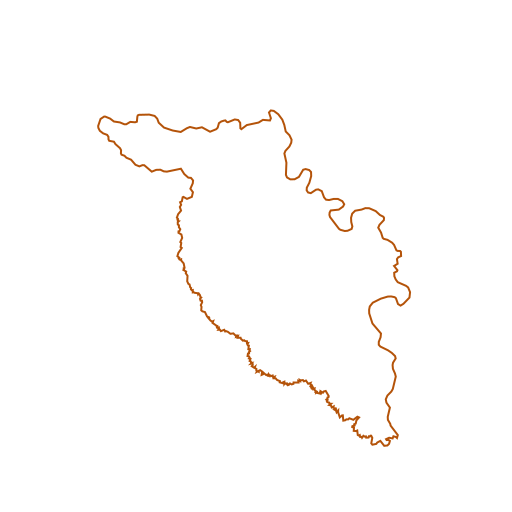 La Victoria (Pacoa), Amazonas, Colombia, rotated 18°
{"feature_id": "7082276B65279517003270", "entity_name": "La Victoria (Pacoa)", "entity_type": "district", "adm_level": 2, "iso_a3": "COL", "parent_name": "Colombia", "parent_adm1": "Amazonas", "projection": "orthographic", "projection_center": [-71.093, -0.129], "detail": "fine", "context": "isolated", "style": "outline", "palette": "amber", "viewbox_px": 512, "rotation_deg": 18, "n_neighbors": 0, "source": "geoboundaries", "source_scale": "gbopen_adm2", "svg_char_len": 6140}
<svg xmlns="http://www.w3.org/2000/svg" viewBox="0 0 512 512"><g transform="rotate(18 256 256)"><path d="M446.3,385.5L446.2,382.5L436.4,375.7L435.5,374.1L432.1,371.1L431.0,368.3L430.2,358.8L425.4,355.2L423.7,352.2L424.1,348.1L426.6,343.1L427.2,340.2L426.2,327.5L424.5,324.8L421.1,321.0L419.6,317.5L419.3,315.1L420.5,310.3L419.2,308.2L415.1,306.2L410.7,304.9L402.2,303.7L400.2,302.5L399.3,299.7L399.6,294.8L398.8,291.1L387.6,284.2L381.4,275.6L380.2,272.2L379.8,268.8L381.5,264.3L387.9,258.0L393.8,253.9L397.0,252.7L400.6,252.3L402.1,252.9L405.9,257.8L408.8,258.5L411.0,255.9L414.8,248.1L413.7,242.8L410.4,238.9L407.9,238.0L398.9,237.1L396.1,235.1L393.9,232.6L392.6,229.2L394.8,227.0L394.9,225.8L390.4,222.8L393.1,219.6L391.0,215.4L391.6,213.4L394.0,211.2L392.5,207.2L391.5,206.7L389.1,207.4L387.8,207.2L383.9,202.8L381.4,201.3L376.1,200.0L372.1,200.2L370.9,199.6L367.7,195.1L363.5,191.3L363.8,188.1L366.5,182.4L366.0,180.2L365.0,179.3L361.2,178.7L356.0,176.3L348.9,175.6L345.2,176.7L342.1,179.2L336.3,182.3L334.4,186.0L334.6,190.3L336.1,194.3L338.5,198.1L338.6,200.7L335.3,203.7L332.7,204.8L328.1,205.0L326.5,204.5L314.4,196.1L313.1,194.2L312.6,191.9L313.0,189.6L320.4,186.3L323.5,182.1L323.9,179.5L321.2,177.2L316.3,176.4L312.1,177.8L308.2,180.2L305.2,180.8L302.6,179.2L298.5,174.0L294.6,173.4L292.6,174.4L288.7,179.3L285.9,179.5L283.9,177.9L283.2,175.3L284.1,169.9L283.8,163.0L282.4,159.1L280.0,157.8L276.3,158.0L274.2,159.4L272.4,167.5L269.0,171.1L264.9,172.5L261.2,171.7L259.4,169.6L256.1,157.9L251.3,149.7L251.5,146.9L253.9,141.6L254.5,137.4L253.9,134.4L250.5,130.8L245.8,128.4L242.4,122.6L238.9,118.2L233.4,114.3L228.1,112.5L225.1,113.0L224.0,115.5L227.6,120.4L227.4,122.8L220.5,124.4L217.2,128.3L206.8,134.3L202.9,139.9L201.7,139.4L199.8,134.2L197.0,132.2L193.6,132.7L187.9,137.5L186.7,137.5L185.0,136.5L183.8,137.1L181.4,138.8L179.7,141.1L179.9,145.8L179.0,147.7L173.9,152.0L164.8,150.3L159.8,153.2L153.3,153.7L150.7,155.9L146.1,161.3L138.0,162.4L128.8,162.3L122.3,159.3L119.6,155.9L116.3,154.1L110.8,154.5L101.1,157.9L100.1,158.8L100.1,160.1L101.2,165.1L99.7,166.2L95.0,167.3L91.9,170.8L90.0,171.4L85.3,171.0L79.3,172.0L74.8,170.4L69.6,170.0L68.5,170.3L65.8,173.7L65.7,181.1L66.5,182.9L68.8,185.2L72.7,186.6L77.0,186.8L78.8,188.2L79.7,190.7L80.8,191.8L85.6,191.2L87.7,193.0L93.4,195.5L95.0,197.1L95.8,200.1L96.8,201.2L99.9,201.3L102.4,202.6L107.4,203.0L113.2,206.5L117.4,206.8L119.9,204.7L121.7,204.2L130.8,208.0L134.5,204.9L138.4,203.5L142.1,204.0L145.2,203.3L157.6,196.2L162.4,200.2L167.4,202.4L170.0,201.8L172.8,203.6L173.4,206.4L172.8,212.3L176.3,214.8L176.7,219.6L172.7,223.0L168.7,222.2L168.1,222.8L168.6,226.9L167.2,228.3L169.0,230.5L168.4,232.9L170.7,236.0L169.0,240.3L168.9,244.0L170.2,244.7L170.1,245.7L170.8,245.8L171.0,246.9L171.8,246.8L171.1,248.0L171.9,250.2L173.2,250.6L173.8,252.5L175.7,253.9L175.5,256.0L174.7,256.5L175.1,257.9L178.4,258.6L180.2,261.6L179.7,266.1L180.9,266.7L181.5,270.8L182.9,271.3L181.2,277.0L181.3,280.5L183.5,281.3L183.2,282.1L184.4,283.0L185.8,282.2L186.1,283.3L189.5,285.4L191.7,289.3L191.0,290.0L191.6,290.8L191.3,291.7L194.4,292.4L194.5,294.1L197.0,296.0L198.4,301.3L200.3,303.4L201.6,303.6L203.1,306.1L204.2,306.5L204.4,307.8L205.6,308.4L206.4,307.9L207.1,310.1L207.8,309.6L208.7,310.0L212.2,309.4L212.8,310.4L213.2,309.4L214.9,310.6L215.8,312.2L216.7,312.4L216.0,314.1L217.1,315.6L218.4,315.2L219.1,316.6L218.7,319.8L219.9,321.2L220.7,324.6L222.1,325.2L224.8,325.1L228.2,328.7L230.3,328.8L230.6,329.2L230.0,329.8L232.6,331.4L234.4,332.0L235.4,331.1L235.4,333.1L240.0,334.5L240.7,335.7L241.2,334.9L242.3,336.5L242.9,335.7L243.5,336.9L243.2,337.7L244.4,337.2L245.8,338.3L248.6,336.0L250.0,337.3L250.6,336.7L252.7,336.8L255.7,337.9L258.4,336.6L261.1,338.0L262.1,337.6L262.1,338.9L263.6,337.6L263.7,339.5L266.6,338.5L267.2,339.4L269.8,340.6L270.7,339.8L272.0,340.3L273.8,339.9L274.3,341.5L275.4,341.1L275.1,342.8L276.0,343.6L276.9,343.5L277.5,346.9L278.9,346.5L279.0,348.0L279.7,348.3L279.0,349.5L279.5,350.8L278.5,351.3L278.9,353.8L280.3,353.6L281.3,354.5L281.0,355.6L282.5,355.5L282.4,357.8L283.7,357.9L284.3,359.1L285.1,358.8L284.5,360.0L285.9,359.2L286.6,360.6L286.0,362.1L288.6,362.8L289.3,361.7L289.3,362.8L291.3,363.3L291.7,364.8L292.6,365.1L292.5,366.0L293.4,365.1L294.4,365.3L294.1,364.3L295.2,363.3L297.6,364.0L298.1,367.3L299.1,366.4L298.3,365.2L298.7,364.5L302.2,366.0L303.3,365.4L303.6,366.1L304.6,366.3L305.2,366.0L304.9,364.8L306.4,365.9L306.6,365.2L307.8,365.4L308.8,364.5L309.8,366.1L311.0,365.1L310.8,366.8L312.5,366.3L314.3,367.4L317.4,367.6L317.6,368.8L320.8,368.7L320.7,367.8L321.8,366.8L322.5,369.0L322.9,367.9L324.1,368.3L324.8,367.5L326.0,367.9L325.4,368.7L326.1,369.1L327.1,368.3L327.7,366.7L329.6,367.1L331.1,366.0L330.8,364.7L335.5,363.2L334.7,361.5L336.6,361.5L335.9,360.3L336.9,360.5L339.0,359.5L340.3,360.4L342.0,359.0L345.1,361.4L347.1,359.9L347.0,360.9L348.2,361.3L348.1,362.4L349.1,361.7L350.1,362.7L348.7,363.5L349.9,364.9L350.6,364.7L350.3,363.5L351.6,363.8L351.7,364.8L352.6,364.1L352.6,365.1L354.6,365.9L354.5,366.9L355.4,366.8L355.5,367.5L356.3,366.6L356.7,367.3L359.0,367.1L359.0,365.6L360.3,366.7L360.5,365.8L359.8,364.8L361.9,365.3L362.3,363.9L364.0,362.8L368.4,366.7L368.6,367.7L367.7,368.5L368.1,369.7L367.4,370.6L368.5,370.9L368.0,371.9L368.9,372.9L370.9,372.8L371.5,373.8L372.9,373.4L371.8,375.1L373.4,374.9L374.8,376.6L376.3,375.1L376.5,376.4L378.0,376.7L378.9,376.2L379.4,376.8L378.1,377.9L379.9,378.3L381.0,379.8L381.9,377.6L382.3,379.1L385.6,383.6L387.1,381.0L387.8,380.7L389.9,385.6L391.7,384.6L392.4,383.4L394.2,382.9L394.9,381.5L399.2,381.7L402.1,377.5L403.9,377.7L402.3,381.3L402.6,384.6L401.4,385.7L402.1,386.7L400.2,388.1L400.4,389.0L402.2,388.9L403.0,392.1L405.2,391.6L406.2,390.7L408.1,394.8L409.2,395.0L410.0,394.2L411.0,395.9L412.3,395.4L413.0,396.1L413.7,393.8L415.1,394.2L416.3,393.6L416.9,394.7L419.1,393.9L419.1,392.6L420.0,392.5L420.4,391.5L421.1,391.3L422.8,393.0L423.5,398.5L425.0,399.5L428.5,397.5L428.9,396.0L431.4,393.4L436.6,396.9L439.5,395.6L440.6,393.5L440.5,390.5L438.9,390.0L437.1,390.7L436.3,390.0L438.8,387.7L442.3,387.3L442.4,385.0L445.1,384.9L446.3,385.5Z" fill="none" stroke="#b45309" stroke-width="2"/></g></svg>